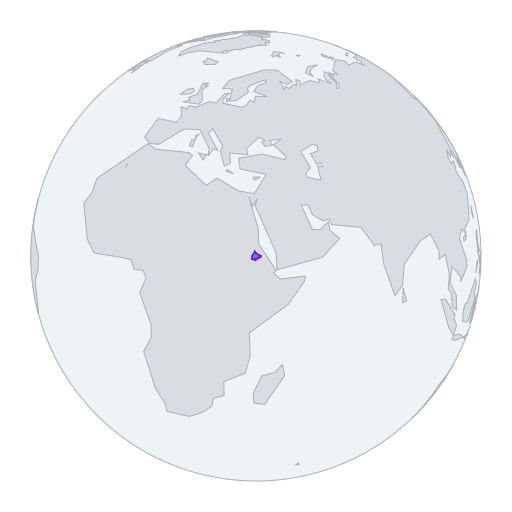 Gash Barka highlighted on a globe, orthographic projection, rotated 10°
{"feature_id": "ERI-1560", "entity_name": "Gash Barka", "entity_type": "Region", "adm_level": 1, "iso_a3": "ERI", "parent_name": "Eritrea", "parent_adm1": "", "projection": "orthographic", "projection_center": [37.465, 15.27], "detail": "fine", "context": "on_globe", "style": "filled", "palette": "violet", "viewbox_px": 512, "rotation_deg": 10, "n_neighbors": 0, "source": "natural_earth", "source_scale": "10m", "svg_char_len": 10854}
<svg xmlns="http://www.w3.org/2000/svg" viewBox="0 0 512 512"><g transform="rotate(10 256 256)"><circle cx="256" cy="256" r="225" fill="#eef3f6" stroke="#a8b0b8"/><path d="M194.3,39.3L195.9,38.9L200.8,37.6L203.6,37.0L203.1,37.3L196.7,38.9L196.0,39.0L193.8,39.6L190.9,40.4L192.0,40.2L184.3,42.5L191.0,40.8L184.1,43.2L179.3,44.7L181.0,43.7L179.0,44.3L194.3,39.3ZM142.3,61.5L142.5,61.4L151.1,56.6L153.3,55.6L161.6,51.6L158.9,53.4L151.8,57.4L144.8,61.0L141.4,63.1L147.0,61.0L132.8,69.8L121.5,79.8L118.0,82.4L113.2,84.0L116.1,79.9L111.3,83.3L126.4,71.7L142.3,61.5ZM110.4,84.1L112.4,83.0L103.6,90.6L101.5,92.7L101.1,93.5L103.9,91.4L100.5,94.7L96.8,96.7L99.7,93.8L100.9,92.9L102.2,91.4L101.4,92.1L110.4,84.1ZM31.6,235.7L31.4,241.3L31.0,252.1L30.8,257.1L31.2,260.9L31.3,264.8L36.4,279.8L41.9,294.3L43.7,307.5L42.9,318.9L51.3,348.2L51.7,351.0L45.2,335.4L39.8,319.4L35.7,303.0L32.8,286.3L31.1,269.5L30.7,252.6L31.6,235.7ZM162.5,51.1L162.0,51.4L160.7,51.9L162.5,51.1ZM166.6,49.3L165.4,49.8L167.1,49.0L167.8,48.7L166.6,49.3ZM174.9,45.8L178.7,44.5L167.6,49.0L170.1,47.7L174.9,45.8ZM202.3,37.2L202.5,37.2L197.4,38.5L201.2,37.5L202.3,37.2ZM226.6,32.6L226.3,32.7L220.4,33.6L216.2,34.3L226.6,32.6ZM216.1,34.3L218.7,33.9L205.0,36.6L216.1,34.3ZM299.4,34.9L299.2,34.9L298.2,34.7L299.4,34.9ZM205.2,36.7L206.7,36.3L213.2,35.0L211.3,35.6L209.8,35.8L205.2,36.7ZM236.6,31.6L237.5,31.5L226.9,32.6L227.5,32.5L236.6,31.6ZM208.1,36.3L210.2,36.1L206.6,37.1L204.1,37.1L208.1,36.3ZM215.7,34.4L218.7,33.9L216.4,34.4L215.7,34.4ZM195.1,41.3L196.8,40.4L200.3,39.5L195.1,41.3ZM211.3,36.0L212.5,35.7L214.1,35.4L214.7,35.6L211.3,36.0ZM227.5,32.6L226.5,32.9L231.9,32.1L232.0,32.4L224.8,33.2L228.0,32.9L228.0,33.0L222.1,33.7L227.5,32.6ZM220.1,34.9L211.1,36.7L207.2,38.4L203.9,39.1L210.8,36.3L220.1,34.9ZM221.8,34.1L220.0,34.7L216.9,35.0L216.2,34.8L221.8,34.1ZM234.6,32.3L236.3,31.7L237.8,31.6L234.6,32.3ZM219.6,35.3L221.8,34.9L219.7,35.3L219.6,35.3ZM230.7,33.0L231.1,32.8L232.8,32.6L230.7,33.0ZM225.8,34.5L222.9,35.0L222.3,34.7L225.8,34.5ZM228.6,33.8L230.8,33.7L223.9,34.4L228.5,33.6L228.6,33.8ZM232.2,33.0L233.4,32.8L231.8,33.1L232.2,33.0ZM229.7,35.4L221.2,36.4L219.9,35.7L228.4,34.8L229.7,35.4ZM348.6,50.6L350.0,51.3L357.3,54.8L358.1,55.2L358.7,55.5L368.1,61.9L384.9,74.0L384.7,72.3L389.9,75.5L408.9,91.2L429.2,117.0L436.3,124.2L440.3,129.7L441.9,134.1L436.2,126.0L433.1,124.1L429.6,119.3L430.2,124.7L425.3,118.1L428.2,126.2L432.9,130.9L434.1,128.0L438.8,138.7L446.8,146.7L453.5,158.5L459.5,182.8L456.9,192.6L458.0,196.7L454.0,193.5L453.2,203.1L464.2,223.5L465.5,230.3L462.1,245.8L461.2,240.8L450.6,232.1L451.9,248.8L460.0,259.6L463.0,274.5L458.1,271.6L454.8,258.6L451.0,255.1L449.7,240.8L442.1,221.4L437.0,227.2L435.2,218.9L424.0,204.1L415.4,212.2L403.4,238.3L405.4,260.0L399.6,270.8L383.5,242.2L376.8,222.0L370.7,225.0L354.4,209.6L325.2,211.9L321.4,206.8L315.8,209.8L304.4,205.3L298.7,196.9L291.6,198.0L306.9,220.0L314.5,219.1L321.4,209.7L324.2,217.8L335.2,224.3L321.8,245.6L279.0,266.0L275.5,249.9L246.2,206.1L247.4,201.1L247.3,200.6L247.0,199.6L243.7,207.6L238.8,199.1L253.8,229.6L256.1,242.9L278.4,267.0L276.2,269.6L283.6,274.5L308.0,267.1L308.0,272.6L296.1,298.2L262.8,332.8L267.6,354.8L265.9,373.2L246.1,385.3L248.8,398.9L238.7,403.6L238.7,411.1L231.1,418.7L218.2,425.6L195.0,424.4L192.8,417.8L180.0,403.9L162.0,369.5L167.0,354.4L164.6,341.9L147.9,312.3L151.5,296.8L147.3,289.7L138.4,290.3L133.6,281.6L128.3,280.8L95.9,281.0L86.8,268.6L77.3,233.6L83.6,221.9L85.9,207.0L130.4,164.0L138.5,168.2L172.0,165.8L176.0,168.0L170.6,179.0L194.7,195.1L204.1,186.1L227.2,194.9L243.6,194.9L251.9,173.9L225.2,173.1L221.9,162.8L244.5,154.5L268.0,156.2L267.5,152.3L253.8,143.4L260.4,136.6L249.2,139.9L252.9,143.9L245.9,146.4L242.2,143.0L244.6,140.5L237.9,138.6L227.8,152.0L230.4,157.5L212.0,159.3L214.6,168.9L209.2,173.1L202.7,158.6L204.2,153.5L191.2,138.1L187.9,143.4L200.0,158.7L195.7,157.3L191.3,165.8L191.3,158.3L179.0,141.3L163.1,143.4L140.8,162.9L132.0,163.6L125.6,158.4L135.8,137.4L154.4,138.2L158.3,131.8L156.4,121.9L162.2,123.3L163.7,119.7L170.9,119.9L182.8,112.2L190.4,112.0L196.8,101.7L201.6,100.5L196.4,106.7L196.9,111.4L215.9,112.1L220.1,110.1L222.8,103.6L227.7,105.1L227.8,98.8L239.7,97.1L225.4,94.3L228.1,87.8L236.2,83.3L234.5,80.9L221.4,88.4L218.4,92.0L220.0,95.7L209.8,106.4L202.9,107.9L203.9,95.6L194.1,96.8L199.2,87.7L231.6,71.5L244.3,69.2L261.4,78.0L257.5,81.6L249.3,80.0L255.2,87.1L255.5,83.7L259.6,85.3L263.3,80.3L266.3,81.3L264.6,75.3L268.7,75.9L269.8,79.7L278.7,73.8L287.9,74.4L288.4,72.7L286.4,70.8L299.4,73.3L299.2,72.0L294.9,70.6L291.8,67.3L291.3,62.7L295.8,63.8L296.6,65.6L305.0,71.5L306.4,76.8L308.1,76.8L308.0,72.6L297.8,65.3L296.2,62.3L301.7,65.2L299.6,63.9L300.2,62.8L305.0,63.0L299.3,59.7L300.1,48.6L309.6,48.6L314.4,51.9L319.7,47.7L330.0,49.5L326.0,48.0L325.9,45.9L322.6,45.2L320.7,44.4L318.9,40.5L322.0,41.0L316.7,39.1L314.7,38.5L312.1,37.9L309.0,37.0L329.1,42.9L348.6,50.6ZM113.7,187.2L112.2,191.5L113.7,187.2ZM292.3,169.5L306.8,169.9L301.4,157.0L306.5,156.4L302.8,152.5L300.9,156.1L291.9,145.7L298.6,141.9L297.4,136.5L292.4,136.2L281.7,145.1L294.5,159.7L290.7,165.1L292.3,169.5ZM103.8,90.4L104.0,90.4L102.9,91.8L102.0,92.4L103.8,90.4ZM106.8,92.3L101.4,97.6L104.6,93.9L102.2,95.3L106.1,90.0L116.4,83.5L111.0,87.1L106.8,92.3ZM114.0,81.9L110.4,85.5L114.0,81.9L114.0,81.9ZM164.9,101.7L166.7,104.1L163.0,107.9L153.4,110.0L158.6,104.2L164.9,101.7ZM170.1,106.8L173.8,95.1L179.9,93.9L175.8,96.4L179.5,96.8L174.0,101.1L176.2,112.2L173.2,116.4L157.1,116.8L164.1,114.1L161.9,111.6L170.1,106.8ZM172.4,73.1L174.0,69.6L185.1,71.4L182.3,74.5L172.5,76.3L170.2,73.7L172.4,73.1ZM176.3,46.5L176.2,46.2L178.0,45.6L179.5,45.4L176.3,46.5ZM195.6,40.9L178.5,47.6L177.5,47.5L168.6,52.4L162.7,54.1L168.6,50.7L157.4,56.1L160.3,53.7L153.0,57.7L166.9,49.9L169.1,48.5L168.9,49.3L174.3,47.7L177.3,46.5L187.6,42.6L195.0,39.5L201.6,38.0L204.3,37.7L203.5,38.2L199.4,38.9L201.3,39.1L194.9,40.6L195.6,40.9ZM231.7,44.4L227.4,43.5L230.0,47.0L223.6,47.3L224.3,47.7L219.1,49.1L214.0,51.7L211.3,51.6L210.5,52.7L207.0,54.0L205.0,55.6L199.4,56.1L196.4,58.2L195.5,57.3L191.9,61.0L192.1,58.6L187.6,60.3L189.8,61.8L164.7,63.7L154.1,67.5L145.1,72.3L146.6,68.3L155.9,61.7L168.7,55.1L178.7,52.5L177.6,51.5L182.0,50.1L181.1,51.4L185.2,48.6L188.6,48.0L200.0,44.0L203.8,41.1L208.1,39.9L208.3,40.7L212.4,39.0L215.6,39.9L218.7,39.2L225.1,39.7L223.6,42.2L227.2,41.2L232.2,42.0L231.7,44.4ZM231.3,35.6L231.1,37.8L227.5,39.2L218.0,37.9L214.7,38.4L208.5,38.3L213.9,36.4L215.2,36.5L217.7,36.2L215.0,36.9L219.0,36.2L220.9,36.5L224.5,36.1L223.5,36.9L231.3,35.6ZM181.4,164.2L184.6,164.9L189.9,164.7L187.2,170.4L181.4,164.2ZM172.7,152.6L175.8,152.1L174.6,159.4L171.2,158.9L172.7,152.6ZM178.5,146.0L176.0,151.6L175.4,148.3L178.5,146.0ZM199.3,106.1L202.7,105.6L202.7,107.1L200.3,109.3L199.3,106.1ZM238.1,57.1L236.2,55.8L237.5,55.3L237.6,51.7L242.4,51.5L244.2,53.6L238.1,57.1ZM246.8,177.4L241.5,181.4L239.3,179.4L241.5,178.4L246.8,177.4ZM212.5,176.0L219.8,179.0L211.7,177.5L212.5,176.0ZM243.3,56.3L242.9,54.8L245.5,55.7L243.3,56.3ZM245.9,51.3L249.2,52.0L243.0,51.1L245.9,51.3ZM333.7,452.5L334.9,454.0L331.5,454.7L333.7,452.5ZM304.9,368.9L290.2,400.7L279.4,401.2L277.1,392.3L282.3,373.2L294.8,367.3L300.8,358.2L304.9,368.9ZM475.7,300.7L476.4,300.4L476.2,301.5L475.7,300.7ZM475.2,298.5L476.3,297.4L474.6,301.0L475.2,298.5ZM476.7,297.0L477.8,293.6L478.3,291.3L478.0,293.5L476.7,297.0ZM474.2,299.6L466.8,304.7L463.2,304.1L464.6,299.9L470.4,297.4L474.2,299.6ZM464.3,299.9L458.1,292.7L445.8,266.7L450.3,265.7L462.4,279.4L461.7,282.9L465.5,289.2L464.3,299.9ZM477.1,272.9L476.4,282.8L472.8,284.9L470.9,284.7L469.6,273.3L470.4,266.5L472.1,265.6L476.0,240.4L477.9,244.0L477.4,254.2L478.8,261.3L477.1,272.9ZM406.5,261.9L412.0,273.8L408.5,276.6L406.5,261.9ZM475.4,224.1L475.3,234.9L474.7,221.2L475.4,224.1ZM473.8,211.8L474.9,216.3L473.4,212.6L473.8,211.8ZM460.0,203.0L458.2,205.2L457.1,202.0L458.7,197.4L460.0,203.0ZM458.6,168.7L462.4,177.8L463.5,181.1L460.8,176.1L458.6,168.7ZM283.4,57.1L277.8,61.8L277.0,66.0L281.5,69.3L272.8,67.1L274.1,60.5L283.4,57.1ZM297.6,49.3L293.6,47.1L296.9,47.2L298.2,47.8L297.6,49.3ZM294.2,48.6L286.5,47.6L285.2,45.9L291.5,46.9L294.2,48.6ZM264.8,50.8L262.9,52.1L260.7,51.2L264.8,50.8ZM438.0,388.8L438.0,388.7L442.7,382.0L452.2,364.7L452.6,364.5L458.2,352.1L466.7,335.6L469.4,328.2L463.3,344.2L456.0,359.7L447.5,374.6L438.0,388.8ZM477.9,294.9L477.2,298.7L478.2,293.2L477.9,294.9ZM480.8,270.4L480.9,269.6L480.9,268.8L480.8,270.4ZM479.5,262.6L479.8,268.1L480.7,262.6L479.9,269.4L479.9,278.2L479.4,282.3L479.6,272.7L478.5,284.2L478.1,284.7L478.4,275.6L479.3,263.3L479.7,257.8L481.0,252.9L479.5,262.6ZM481.3,254.1L481.2,252.2L481.1,247.3L481.1,247.7L481.3,254.1ZM480.1,237.0L478.7,230.3L478.5,234.5L477.9,221.3L479.5,229.8L480.1,237.0ZM477.3,220.8L477.2,224.5L476.6,217.1L477.3,220.8ZM476.5,222.2L475.4,216.9L476.1,216.8L476.5,222.2ZM477.5,220.5L475.7,211.1L477.0,216.1L477.5,220.5ZM472.3,205.2L475.5,212.2L473.2,210.8L468.2,193.6L468.8,192.2L472.3,205.2ZM444.7,133.7L441.8,129.6L441.0,127.9L443.2,131.2L444.7,133.7ZM437.2,122.1L439.8,126.1L442.7,131.8L444.0,133.2L448.7,141.1L444.2,135.0L438.8,125.7L437.5,122.8L432.9,116.7L429.2,111.9L423.1,105.0L420.1,101.6L437.2,122.1ZM416.7,98.2L420.6,102.2L408.7,90.5L409.0,90.6L416.7,98.2ZM406.0,87.9L405.3,87.4L386.5,73.0L382.7,70.3L397.3,80.5L401.9,84.5L406.0,87.9ZM301.2,35.3L301.7,35.4L299.4,35.0L300.6,35.2L301.2,35.3ZM319.0,44.1L316.6,43.1L318.5,43.2L319.0,44.1ZM311.1,40.5L310.6,41.1L309.3,40.0L311.1,40.5ZM309.9,42.7L309.5,41.1L312.5,43.3L309.9,42.7Z" fill="#d9dde1" stroke="#a8b0b8" stroke-width="1"/><path d="M252.4,260.0L252.3,259.2L252.3,258.7L252.2,258.2L252.2,257.9L252.2,257.6L252.1,257.0L252.0,256.6L252.4,256.2L252.6,255.5L252.7,255.4L252.8,255.3L252.8,255.1L253.0,254.2L253.2,253.9L253.3,253.8L253.5,253.2L253.7,252.8L253.8,252.4L254.0,252.1L254.0,251.8L254.0,251.7L254.0,251.4L254.2,251.5L254.2,252.0L254.3,252.0L254.4,252.3L254.5,252.4L254.6,252.5L255.0,252.6L255.4,252.8L255.6,252.9L255.7,253.1L255.8,253.3L256.0,253.5L256.3,253.7L256.6,253.7L256.9,253.7L257.0,253.7L257.2,253.8L257.3,253.9L257.5,253.9L257.8,254.0L258.1,254.1L258.4,254.3L258.5,254.4L258.9,254.2L259.0,254.2L259.4,254.3L259.5,254.5L259.7,254.8L259.8,254.9L260.6,254.9L261.0,254.9L261.0,256.4L260.8,256.4L260.6,256.4L260.5,256.5L260.2,256.6L259.8,256.6L259.7,256.6L259.5,256.8L259.4,257.0L259.2,257.2L259.0,257.3L258.9,257.5L258.8,257.8L259.0,258.2L259.0,258.3L258.9,258.4L258.5,258.3L258.1,258.1L257.9,258.0L257.9,257.9L257.7,257.7L257.5,257.9L257.2,258.5L257.0,259.1L256.7,259.7L256.5,260.2L256.4,260.5L256.2,260.5L256.2,260.4L256.1,260.2L255.8,259.8L255.7,259.8L255.7,259.7L255.5,259.3L255.4,259.3L255.3,259.2L255.2,259.2L254.9,259.2L254.8,259.3L254.7,259.3L254.6,259.5L254.6,259.8L254.4,259.9L254.3,260.0L254.2,260.0L254.2,259.9L253.9,259.8L253.7,259.7L253.3,259.7L253.2,259.7L252.9,259.8L252.7,259.8L252.5,260.0L252.4,260.0Z" fill="#8b5cf6" stroke="#5b21b6" stroke-width="1.5"/></g></svg>